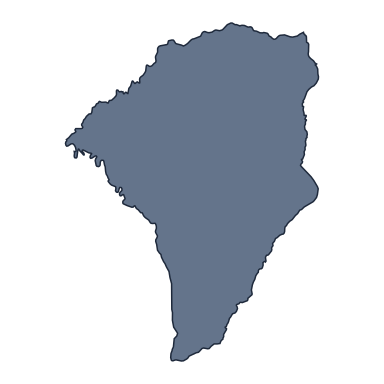 El Piedrero, Cañar, Ecuador (Equal Earth projection)
{"feature_id": "8360857B56552951365472", "entity_name": "El Piedrero", "entity_type": "district", "adm_level": 2, "iso_a3": "ECU", "parent_name": "Ecuador", "parent_adm1": "Cañar", "projection": "equal_earth", "projection_center": [-79.265, -2.388], "detail": "fine", "context": "isolated", "style": "filled", "palette": "slate", "viewbox_px": 384, "rotation_deg": 0, "n_neighbors": 0, "source": "geoboundaries", "source_scale": "gbopen_adm2", "svg_char_len": 5896}
<svg xmlns="http://www.w3.org/2000/svg" viewBox="0 0 384 384"><path d="M303.5,32.3L299.7,34.2L297.4,36.0L292.6,37.1L290.1,36.8L284.6,34.9L280.1,35.3L279.1,35.7L277.7,36.9L276.3,38.5L275.2,39.1L273.9,39.3L272.4,38.4L270.8,36.8L269.1,36.0L268.0,33.9L267.1,33.2L263.8,32.5L262.6,32.9L260.0,32.8L256.6,31.2L254.0,30.8L253.3,30.1L252.0,27.6L251.1,27.0L250.0,26.8L249.0,27.1L247.7,27.0L244.5,25.5L242.7,25.3L241.2,25.4L239.9,25.9L236.5,24.6L235.1,24.7L232.3,23.1L230.9,23.0L227.3,24.7L223.0,29.3L221.8,30.1L219.5,30.7L215.9,30.0L214.6,30.4L212.1,32.1L209.0,32.7L207.5,32.5L204.8,31.5L203.3,31.9L202.2,32.9L200.6,36.2L194.0,38.8L192.4,39.1L190.7,40.3L187.6,43.5L185.2,45.2L183.4,46.0L181.5,45.1L176.1,43.7L175.5,43.2L173.8,40.5L173.3,40.1L171.9,40.0L168.9,40.7L168.5,40.9L168.3,41.4L167.7,43.9L166.8,44.6L160.3,45.8L159.0,46.4L158.0,47.6L157.6,48.7L157.6,52.2L155.6,56.3L155.5,57.5L156.0,60.6L155.8,62.0L155.5,62.5L154.1,63.4L152.0,65.7L151.3,66.1L150.3,66.4L149.3,66.3L147.6,65.2L147.0,65.1L146.6,65.3L146.3,66.0L145.7,71.0L145.0,72.5L143.1,75.2L140.7,77.0L139.9,78.0L139.6,79.3L139.8,82.1L139.6,83.0L139.1,83.0L137.4,81.9L136.4,82.3L135.3,83.4L134.6,83.4L133.1,81.3L132.7,81.0L132.1,81.3L130.6,86.2L128.9,88.3L127.9,93.5L127.5,93.5L126.3,92.4L125.5,92.3L124.1,93.8L123.7,93.8L123.3,93.3L122.9,91.7L121.9,91.9L121.2,91.4L119.8,91.9L119.0,91.5L117.8,90.1L116.8,90.1L116.4,90.9L116.5,94.4L116.1,95.7L114.2,97.9L111.5,100.3L109.4,100.5L108.1,103.0L107.2,102.8L105.9,102.1L101.6,102.3L99.6,101.4L99.1,101.6L98.1,103.2L96.5,103.9L95.5,105.8L94.6,106.9L93.4,107.2L92.4,107.9L91.8,112.4L91.0,113.8L89.0,114.0L86.4,116.4L85.1,118.6L83.7,120.0L82.8,122.7L81.8,124.0L81.6,124.8L81.8,125.6L82.5,126.5L82.8,127.2L82.3,128.3L81.1,128.6L75.8,128.6L75.0,129.8L75.2,130.5L75.8,131.3L75.6,132.1L74.1,133.2L71.8,134.1L68.8,137.7L66.4,139.6L66.7,140.0L66.7,141.0L65.8,142.0L65.5,143.5L66.0,145.4L66.8,146.2L68.0,145.9L71.1,143.9L72.5,143.7L73.4,144.2L74.5,145.4L75.5,147.4L76.1,150.2L75.9,151.2L75.4,151.6L74.2,151.4L74.5,153.2L74.2,155.6L74.3,156.9L74.7,157.7L76.0,158.0L76.5,157.8L77.0,157.0L77.7,151.2L78.4,149.1L78.9,149.2L80.1,151.2L81.8,152.9L83.5,154.9L83.9,155.0L84.2,154.8L83.9,153.2L82.1,151.1L82.4,150.2L83.2,150.0L88.7,152.8L91.2,153.3L91.6,153.6L91.6,153.9L90.5,155.2L90.0,157.1L90.3,157.9L90.7,158.3L92.1,158.0L95.2,156.0L96.0,155.9L96.6,156.4L96.8,156.9L95.6,159.0L95.2,160.7L96.2,165.4L96.9,166.3L98.6,166.6L99.3,166.2L99.8,165.7L100.1,165.0L100.3,162.1L100.7,161.1L101.3,160.4L102.1,160.2L103.3,160.4L103.8,161.1L104.5,164.9L105.2,166.7L105.6,171.3L106.1,173.7L106.4,174.6L107.1,175.4L108.1,178.0L109.0,179.6L108.7,180.4L108.2,180.8L108.2,181.5L110.3,184.1L111.6,185.1L115.6,186.7L115.9,188.4L115.5,190.8L116.4,192.1L117.5,192.3L118.0,192.2L118.5,191.3L119.2,188.6L119.6,187.7L120.0,187.4L121.3,187.6L121.8,188.4L122.0,190.0L121.6,190.8L119.9,192.5L119.5,193.8L119.6,194.8L120.1,195.7L120.9,195.9L123.0,194.5L123.6,194.7L125.0,198.3L125.0,198.9L122.9,201.2L122.8,203.0L123.3,203.8L127.2,205.6L131.8,207.2L133.1,207.1L134.4,205.8L134.9,205.8L136.4,208.5L138.3,209.8L140.6,212.6L142.3,212.9L143.6,215.7L144.3,216.6L145.4,217.7L148.7,220.0L150.3,222.6L151.1,223.3L152.8,223.5L154.8,223.3L155.2,223.4L155.8,224.4L156.3,226.1L156.4,228.2L155.5,231.1L155.5,231.8L155.7,232.6L157.4,235.8L157.3,236.8L156.8,238.0L155.8,239.8L155.7,241.4L156.7,244.6L157.5,250.2L159.5,253.1L160.9,254.4L161.5,257.2L163.6,261.6L165.0,263.6L166.5,267.0L169.0,271.5L170.0,277.6L171.6,283.7L171.8,309.4L172.5,312.6L172.4,320.2L173.7,327.2L177.6,333.2L176.8,336.0L174.2,338.7L173.4,347.0L172.3,349.3L172.1,350.6L171.0,353.5L170.7,357.6L171.3,360.1L172.0,360.7L173.0,360.8L175.2,360.0L176.2,359.9L181.4,361.0L183.5,360.8L186.7,359.0L187.7,358.2L189.1,356.1L196.1,352.8L198.4,352.3L199.3,351.5L202.0,348.5L203.6,348.0L207.8,348.8L209.2,348.5L211.2,346.2L214.2,343.9L217.3,343.9L220.0,343.5L220.7,341.5L221.1,340.8L221.8,340.0L222.8,339.3L223.0,338.0L223.7,336.7L223.6,334.7L223.8,334.1L226.4,329.7L226.5,328.6L225.5,328.0L225.2,327.6L225.2,327.1L226.2,326.5L226.6,325.8L226.9,324.5L227.8,323.3L228.5,321.7L229.5,318.3L230.4,317.4L232.5,313.8L235.1,312.9L236.4,311.4L237.5,308.6L237.1,306.8L236.4,305.7L236.5,304.7L237.2,304.3L238.9,303.8L240.0,302.4L241.0,302.3L242.2,302.6L247.3,300.7L247.8,299.9L247.9,298.3L252.0,294.7L252.1,293.6L251.4,290.0L252.4,284.8L253.4,282.0L254.8,279.3L255.8,275.7L257.3,273.4L258.3,272.3L258.4,270.5L258.9,269.6L259.7,269.0L261.5,268.7L262.3,267.9L263.1,265.2L263.0,262.6L264.3,261.5L264.9,261.5L265.4,262.0L266.0,261.1L265.5,257.8L265.6,256.9L266.5,255.3L267.9,255.1L268.6,254.6L271.5,250.9L271.8,249.5L271.6,248.4L271.7,247.5L273.0,245.7L272.6,243.4L274.4,241.3L275.5,238.5L277.2,237.6L279.7,235.3L282.1,234.2L283.0,234.2L284.0,233.3L284.6,231.7L284.8,227.9L285.3,226.5L286.4,225.7L287.2,224.1L287.8,223.3L289.7,221.3L292.2,219.6L295.4,215.5L297.6,213.6L299.7,210.2L301.6,209.5L304.3,206.9L313.0,201.8L314.1,200.7L316.5,197.5L317.4,194.6L318.2,188.8L317.4,186.6L313.8,180.5L311.1,176.8L301.5,166.7L300.5,165.4L300.9,164.2L302.1,163.0L302.5,162.0L302.5,161.4L301.6,160.1L301.5,159.4L302.6,159.1L304.4,154.6L304.1,151.8L305.1,149.7L305.0,147.2L305.7,146.0L305.9,145.1L305.4,141.1L305.9,140.1L306.0,138.5L307.0,137.5L306.9,136.0L307.3,134.5L306.9,131.8L305.0,129.5L304.6,127.0L304.6,125.9L305.4,124.2L305.4,121.8L306.4,120.2L306.3,119.8L305.2,119.5L305.0,118.8L306.2,116.2L306.2,115.6L305.9,115.3L304.4,115.5L304.1,115.2L304.0,113.2L303.1,109.7L303.6,106.7L303.3,106.4L302.5,106.3L302.3,103.9L302.5,103.3L303.6,102.0L303.0,101.0L304.4,98.8L307.0,91.7L308.8,89.4L311.5,87.0L314.0,85.7L316.3,83.0L318.3,79.1L318.5,76.7L317.9,74.0L317.7,69.0L316.4,66.1L315.3,65.0L316.6,64.0L315.1,63.1L313.5,60.8L310.6,58.5L308.9,56.6L308.4,55.2L308.2,53.7L308.5,51.8L308.7,44.4L308.2,43.2L306.6,42.2L306.4,36.7L305.9,35.6L305.3,35.5L304.7,34.3L303.8,33.8L303.5,32.3Z" fill="#64748b" stroke="#1e293b" stroke-width="1.5"/></svg>